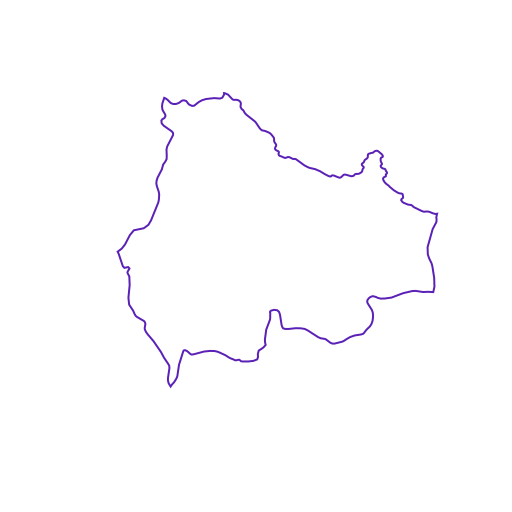 an SVG outline of Ouham-Pendé, rotated 305°
{"feature_id": "CAF-805", "entity_name": "Ouham-Pendé", "entity_type": "Prefecture", "adm_level": 1, "iso_a3": "CAF", "parent_name": "Central African Republic", "parent_adm1": "", "projection": "mercator", "projection_center": [16.39, 6.719], "detail": "fine", "context": "isolated", "style": "outline", "palette": "violet", "viewbox_px": 512, "rotation_deg": 305, "n_neighbors": 0, "source": "natural_earth", "source_scale": "10m", "svg_char_len": 5532}
<svg xmlns="http://www.w3.org/2000/svg" viewBox="0 0 512 512"><g transform="rotate(305 256 256)"><path d="M332.9,90.1L333.2,91.3L333.2,92.6L333.2,94.0L332.4,98.4L333.0,101.0L334.6,103.2L336.9,104.9L338.4,105.5L339.8,105.9L341.0,106.4L342.2,107.7L342.9,109.7L342.6,111.2L342.0,112.7L341.7,114.5L342.3,117.6L343.8,119.2L349.3,120.8L352.7,122.5L356.0,125.1L361.3,131.1L364.4,136.3L366.4,137.6L369.7,137.3L370.8,136.7L371.1,136.4L371.4,136.9L372.1,140.2L372.1,141.0L371.0,145.9L370.9,147.2L371.1,148.2L372.7,150.3L373.4,152.0L373.5,153.1L373.4,154.1L373.2,154.8L372.8,155.5L372.4,156.0L371.8,156.4L369.9,157.4L369.2,157.9L368.7,158.8L368.1,160.2L368.1,161.8L367.6,163.0L366.9,164.4L366.5,165.6L366.2,167.4L365.6,177.8L365.3,179.2L362.8,185.7L362.4,187.5L362.4,188.9L363.6,191.6L364.0,193.3L364.6,196.4L364.5,197.9L364.2,199.3L363.3,202.3L362.8,203.2L362.3,203.6L360.6,204.9L360.1,205.5L359.7,206.2L359.0,208.2L358.6,208.8L358.0,209.2L357.3,209.4L356.5,209.4L355.6,209.6L354.7,210.1L354.3,210.9L354.2,211.9L354.6,214.3L354.3,215.1L353.7,215.5L353.1,215.6L352.7,215.8L352.3,216.1L351.7,217.0L351.6,217.7L351.8,218.7L352.2,219.8L352.5,221.8L352.8,223.0L353.2,223.8L353.8,224.3L354.3,224.7L355.0,225.0L355.6,225.7L356.1,226.7L356.6,230.1L356.9,231.0L357.8,232.1L358.1,232.8L358.2,233.6L358.0,243.8L358.5,247.6L359.0,249.6L361.1,254.7L362.2,260.1L362.5,265.2L363.1,269.5L363.7,271.3L364.4,271.8L365.2,271.8L366.0,272.5L366.6,273.7L367.6,278.2L368.0,279.4L368.4,279.9L369.0,280.4L369.7,280.6L372.3,281.1L373.0,281.4L373.5,281.9L373.9,282.5L374.5,284.0L375.8,287.9L376.0,288.3L376.4,288.8L376.8,289.2L377.4,289.7L378.0,290.0L379.6,290.2L380.2,290.5L380.7,291.0L381.5,292.1L382.0,292.7L382.5,293.1L383.1,293.5L384.5,294.1L385.2,294.3L385.9,294.4L386.6,294.2L387.9,293.7L388.6,293.5L390.0,293.6L390.5,293.3L390.8,292.9L391.0,291.4L391.2,290.7L391.6,290.2L392.2,289.9L393.0,290.0L393.6,290.2L394.3,290.5L395.0,290.5L396.4,290.1L397.1,290.1L397.6,290.2L398.1,290.4L398.7,290.7L399.5,290.9L400.2,291.0L401.0,290.9L401.6,290.6L402.7,289.8L403.4,289.5L404.1,289.6L404.7,289.9L405.2,290.4L405.8,290.8L406.4,291.2L407.3,292.2L407.8,292.6L408.3,292.7L409.4,293.0L410.3,293.4L411.0,294.0L411.7,295.0L411.9,296.0L411.5,300.5L411.3,301.3L411.0,302.0L410.6,302.6L410.1,302.9L409.4,302.8L408.9,302.4L408.3,302.1L407.7,302.2L407.0,302.4L405.9,303.2L404.9,304.2L403.9,306.2L403.4,306.5L402.8,306.5L402.2,306.4L401.5,306.4L400.9,306.8L400.5,307.6L400.4,309.1L400.6,310.1L401.2,311.4L401.2,312.2L400.8,312.8L400.3,313.5L399.6,315.3L399.1,315.7L398.6,315.8L397.9,315.7L397.5,315.6L397.0,315.7L396.1,316.5L395.6,316.6L395.2,316.4L394.6,316.0L394.0,315.7L393.3,315.5L392.6,315.6L392.0,315.9L391.5,316.5L391.1,317.0L390.5,318.4L390.0,319.9L389.8,321.5L389.7,324.2L389.3,326.3L388.9,331.4L389.2,336.0L389.5,337.2L389.8,338.0L390.7,339.6L390.8,340.3L390.5,340.9L389.0,342.4L388.5,342.8L387.8,343.0L387.1,342.9L386.4,342.6L385.7,342.6L385.0,342.9L384.4,344.4L384.2,345.5L384.3,346.6L385.3,351.1L386.2,352.7L386.8,354.0L386.8,355.1L386.6,356.6L386.6,357.6L387.9,365.9L388.3,367.4L388.7,368.4L389.2,368.9L389.7,369.4L390.5,370.5L390.9,371.1L391.4,372.1L391.8,373.5L392.4,376.3L393.3,378.8L394.5,380.1L391.1,381.5L389.7,382.8L388.5,383.6L387.2,384.3L379.3,385.3L361.6,391.5L355.8,395.9L353.3,399.3L350.7,404.0L348.6,406.5L340.4,414.4L333.2,419.8L328.1,421.9L325.3,417.4L322.3,413.5L319.0,406.8L316.9,404.1L310.0,397.9L299.6,390.8L295.0,385.8L292.7,382.7L291.6,380.0L291.2,377.6L290.1,374.7L288.2,373.3L286.0,372.6L283.9,372.6L282.4,373.2L281.3,374.6L278.3,381.8L276.8,383.9L274.7,385.8L272.2,387.4L269.4,388.8L266.4,389.6L263.5,389.7L260.2,389.0L257.9,388.7L254.6,388.6L253.6,388.3L252.0,387.1L247.5,382.4L243.6,379.6L240.2,378.0L237.1,376.8L235.3,375.8L229.3,370.6L228.1,368.9L227.6,366.8L227.8,361.0L227.5,359.8L225.8,356.4L225.2,353.7L224.7,340.9L224.2,337.7L222.3,333.9L219.6,329.9L214.8,324.4L212.9,321.6L212.3,319.7L212.9,318.3L214.1,316.6L221.8,309.2L223.5,306.8L223.7,304.4L222.2,301.6L219.9,299.7L218.7,299.4L218.0,299.7L217.6,300.3L217.1,300.7L216.2,301.2L213.5,303.1L211.8,304.0L201.6,306.6L192.7,311.2L190.4,313.0L188.7,314.9L185.8,314.6L184.3,314.2L180.1,312.5L176.8,313.7L174.4,315.6L172.0,316.3L168.7,314.1L165.1,310.1L161.4,304.7L161.2,303.8L161.4,302.8L161.4,301.9L160.9,301.1L159.4,299.8L158.8,299.0L158.5,298.2L158.3,296.6L157.7,294.4L157.5,293.2L157.3,291.6L157.2,288.0L156.0,281.3L155.4,279.0L154.3,276.4L151.8,272.7L148.0,268.3L139.7,261.3L138.3,259.7L138.1,258.7L138.5,255.1L138.5,253.5L138.1,251.8L137.4,251.1L136.4,251.0L122.8,255.3L112.6,260.4L111.3,260.8L109.7,261.1L105.7,261.3L102.5,260.9L100.1,260.9L101.6,257.5L103.6,255.2L105.9,253.7L114.5,249.4L116.3,247.9L117.3,245.9L119.8,239.3L122.8,233.3L127.5,220.8L129.8,211.9L130.8,209.2L132.3,206.8L133.6,205.9L136.9,204.4L138.1,202.9L138.5,201.5L137.8,193.1L138.0,191.7L138.7,190.1L140.7,186.8L143.4,180.0L146.6,177.2L148.7,175.4L159.7,169.2L166.5,164.0L167.0,163.2L168.2,160.8L169.0,160.0L169.9,159.8L172.6,159.6L173.2,159.5L173.6,157.6L170.8,155.0L171.3,152.7L179.0,142.3L180.2,140.2L185.1,141.8L190.3,142.1L200.7,140.7L207.0,141.2L214.3,148.1L219.8,150.0L224.9,149.6L243.7,145.3L246.3,144.2L250.9,141.4L253.0,139.3L256.2,134.9L258.2,132.8L260.6,131.4L263.8,130.4L272.9,129.2L277.7,127.5L281.0,127.6L284.1,127.2L286.9,125.4L291.9,121.6L294.9,120.4L307.5,118.7L309.2,117.5L309.8,115.5L309.8,105.6L310.6,102.6L312.7,100.8L314.3,100.8L315.6,101.5L317.0,101.9L319.0,101.4L319.9,100.3L321.6,96.5L322.5,95.1L324.8,93.1L327.3,91.8L332.9,90.1Z" fill="none" stroke="#5b21b6" stroke-width="2"/></g></svg>